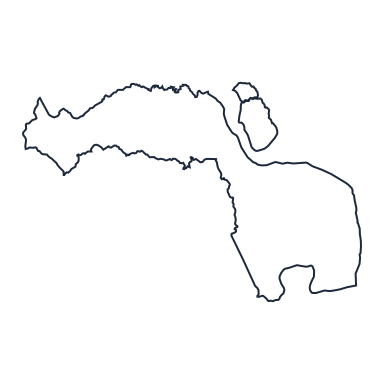 outline of Amapá, Amapá, Brazil
{"feature_id": "56859067B97677328674999", "entity_name": "Amapá", "entity_type": "district", "adm_level": 2, "iso_a3": "BRA", "parent_name": "Brazil", "parent_adm1": "Amapá", "projection": "robinson", "projection_center": [-50.772, 1.676], "detail": "fine", "context": "isolated", "style": "outline", "palette": "slate", "viewbox_px": 384, "rotation_deg": 0, "n_neighbors": 0, "source": "geoboundaries", "source_scale": "gbopen_adm2", "svg_char_len": 5900}
<svg xmlns="http://www.w3.org/2000/svg" viewBox="0 0 384 384"><path d="M207.9,91.7L203.1,93.6L201.6,93.1L199.4,90.8L198.5,91.0L197.5,92.7L197.6,94.6L197.1,96.2L196.7,96.9L195.3,97.2L194.9,95.6L193.0,93.8L191.6,91.7L190.2,90.7L189.8,89.1L188.6,88.0L188.4,86.4L186.7,85.8L186.3,85.0L185.6,84.9L183.0,84.8L183.3,85.7L180.3,86.6L180.6,89.1L179.2,89.5L178.2,90.5L178.0,91.4L178.4,92.0L177.8,92.5L177.1,92.2L176.4,92.5L175.8,92.1L175.3,92.4L174.6,91.7L174.8,91.0L176.2,89.2L175.6,89.0L173.8,90.1L173.1,90.1L172.7,88.5L173.8,87.3L170.9,86.7L171.0,87.8L170.3,88.1L168.8,87.8L166.9,89.6L164.9,89.6L164.3,90.0L162.8,88.2L162.3,86.4L161.1,87.8L159.8,88.3L158.0,87.1L158.0,85.9L157.1,85.7L155.1,87.0L155.4,85.5L154.6,85.5L153.6,86.4L153.1,86.0L151.4,88.2L150.8,90.9L148.4,89.9L148.5,88.9L147.1,88.7L143.4,86.6L142.5,86.6L141.9,87.2L141.2,87.0L139.3,85.2L138.8,85.7L138.1,85.6L136.7,84.4L135.7,84.8L133.6,83.8L131.5,84.1L130.9,84.7L130.7,86.3L130.1,87.2L126.1,87.1L122.9,89.9L117.9,89.9L115.8,92.3L113.8,92.7L111.1,95.2L110.7,96.1L108.5,96.7L105.9,95.3L104.6,96.5L103.8,99.2L102.4,99.4L102.2,100.2L102.5,100.8L101.5,101.9L95.2,105.4L92.5,108.0L90.0,108.3L88.7,110.4L84.6,113.7L84.0,114.9L83.4,114.9L82.7,116.1L81.0,116.3L78.3,118.1L76.8,118.5L73.6,117.9L72.1,116.6L70.1,112.9L68.2,112.4L67.2,110.9L65.7,110.4L63.7,108.7L63.0,108.8L60.0,111.0L59.1,112.6L59.4,113.5L59.2,114.3L57.9,116.0L54.3,117.4L52.4,116.8L49.4,115.1L48.6,114.1L39.9,98.0L38.8,99.1L37.9,100.8L37.6,101.8L37.9,103.2L37.5,105.2L36.5,106.3L35.9,107.7L35.1,108.4L34.0,112.4L34.1,113.2L35.2,114.4L36.5,118.2L35.7,119.0L32.3,120.1L29.1,123.3L26.7,123.7L25.9,124.4L26.1,128.4L25.8,129.5L23.2,132.5L23.0,133.7L23.5,135.4L25.1,137.4L26.1,139.8L25.3,146.3L25.7,149.0L28.5,148.2L29.4,147.5L33.3,147.8L35.5,147.3L36.5,147.9L38.0,150.9L39.5,151.1L41.4,153.5L42.9,154.2L47.1,154.6L48.6,156.6L51.8,158.7L56.7,163.3L57.3,164.7L59.6,167.5L63.2,171.1L63.6,171.7L63.7,175.0L64.3,175.0L65.5,173.2L67.0,172.3L68.1,172.7L70.0,171.1L71.3,169.1L75.5,166.6L75.8,164.1L78.1,162.1L78.7,160.0L78.6,157.1L78.1,156.2L77.3,155.8L77.4,154.9L78.5,154.5L79.1,155.1L79.8,155.2L81.4,154.7L82.3,153.6L84.2,153.2L84.9,153.8L87.7,151.5L91.4,151.5L90.9,149.7L91.8,148.0L94.1,145.2L96.2,144.7L98.4,145.4L101.3,147.3L103.3,149.7L108.6,146.3L109.4,147.2L111.0,147.6L114.4,145.5L116.3,145.7L117.2,146.7L118.5,146.9L119.1,147.8L119.2,148.8L121.4,149.7L122.3,151.3L124.5,153.3L125.6,153.7L126.3,155.7L127.7,154.7L128.6,155.2L129.2,155.0L129.4,154.3L133.0,152.8L134.4,153.4L136.1,153.0L137.5,151.1L140.1,151.7L141.3,150.7L142.7,151.4L145.9,154.5L147.2,154.5L149.6,157.2L154.3,157.1L155.4,158.1L158.4,159.4L160.4,158.8L163.9,159.4L165.3,160.3L166.9,160.3L169.9,159.0L171.3,160.1L172.5,159.5L172.8,158.8L175.0,158.8L176.2,159.4L177.5,160.8L178.7,161.2L180.0,163.1L180.6,162.9L181.8,163.3L183.1,162.8L184.9,165.6L184.2,168.0L183.6,167.8L183.3,168.4L183.4,169.0L184.2,169.2L185.5,168.0L186.2,168.2L187.6,166.3L189.7,167.2L189.0,163.5L189.8,162.1L191.4,161.4L191.6,159.8L190.7,157.4L191.5,157.1L192.7,157.9L193.4,159.8L194.0,159.9L195.9,158.9L200.4,162.3L202.7,161.9L204.4,159.7L206.7,158.9L216.1,159.1L215.8,160.6L216.8,162.1L217.6,166.6L218.4,168.8L221.1,173.3L221.3,175.0L220.7,177.8L221.8,179.2L222.7,179.1L223.3,178.2L224.1,178.3L224.3,179.5L226.8,180.2L229.6,183.7L229.9,184.8L229.1,186.4L228.8,188.3L227.6,189.4L227.7,191.7L230.0,196.9L231.6,197.7L232.6,197.5L233.2,198.2L232.6,202.5L233.6,203.9L233.4,206.7L235.0,208.9L235.4,210.2L235.2,212.9L234.5,215.0L235.2,216.4L235.8,219.6L235.1,223.4L235.4,224.6L237.4,226.3L237.3,227.1L235.0,228.0L234.6,229.0L236.1,230.2L235.9,231.7L234.2,232.9L231.7,233.7L231.4,235.6L242.8,259.0L255.2,286.1L256.8,287.4L258.0,289.0L258.5,290.3L258.6,294.5L257.4,295.9L257.4,296.7L259.0,296.8L262.3,295.8L263.2,295.9L266.2,298.4L268.3,301.0L270.6,300.7L272.7,301.2L275.8,300.0L278.4,299.9L279.3,298.9L280.0,297.0L281.2,295.4L283.5,293.3L284.4,289.9L283.8,287.8L281.2,283.6L279.5,278.5L279.7,276.1L281.2,272.9L283.4,270.0L284.8,268.8L288.8,267.9L296.9,265.2L305.7,266.7L308.0,266.5L310.4,265.6L311.4,265.7L312.5,266.4L314.1,270.5L313.9,276.7L311.8,280.8L310.2,284.8L309.7,287.5L310.0,289.7L310.8,291.5L311.9,292.7L312.8,293.0L316.0,293.0L324.5,290.5L329.5,291.1L333.3,290.6L339.8,289.4L347.2,287.2L356.1,285.5L355.6,273.6L359.5,264.1L360.1,257.7L359.6,254.4L360.5,253.4L361.0,246.2L360.8,240.4L359.9,234.1L359.7,228.7L358.0,223.2L357.4,222.6L357.6,220.9L355.8,212.6L356.4,210.8L356.3,207.8L354.7,200.5L354.0,195.3L352.8,193.8L352.4,191.9L352.7,190.7L351.8,188.3L348.3,184.7L345.4,182.6L331.3,174.1L322.2,169.9L312.4,166.2L307.2,162.9L306.0,162.6L293.1,163.5L287.4,162.7L282.6,163.7L275.9,162.1L274.7,162.2L266.7,165.2L261.6,165.4L257.6,164.6L255.8,163.1L253.2,162.2L247.5,157.1L241.3,147.3L237.9,137.6L236.5,135.4L233.0,133.3L231.7,132.0L227.1,124.7L224.3,116.1L223.8,113.8L224.2,109.1L223.1,106.8L220.4,102.9L217.3,100.6L215.7,98.5L208.4,93.9L207.9,91.7ZM250.0,98.6L248.7,101.0L245.4,101.0L244.3,102.3L243.2,102.6L241.9,102.3L241.3,103.4L240.8,105.8L240.7,110.0L239.5,115.2L238.7,121.3L238.9,122.2L239.5,122.6L241.6,122.7L243.5,124.5L244.3,126.9L244.5,130.1L246.7,133.1L248.1,135.9L251.7,147.4L254.6,150.2L256.2,150.9L257.6,150.9L264.3,148.8L267.9,146.2L275.0,137.7L277.2,133.9L277.3,131.3L276.4,127.8L275.6,126.4L272.9,123.2L272.1,123.3L270.9,119.7L268.8,117.8L269.1,116.2L268.7,113.6L269.1,110.2L268.8,109.4L266.7,107.4L265.6,107.7L264.8,107.2L264.7,105.3L263.6,103.4L262.6,102.8L261.9,100.0L260.6,98.6L259.8,98.5L257.6,98.8L254.5,98.4L252.7,99.1L251.0,98.3L250.0,98.6ZM248.0,100.6L250.4,97.9L252.5,98.3L254.8,97.3L256.6,97.3L257.5,96.9L258.0,95.3L257.4,91.9L256.0,90.3L255.6,88.8L254.4,88.0L253.5,86.5L252.1,86.8L251.0,85.7L249.5,83.3L246.4,83.6L244.9,83.0L243.8,83.3L240.4,82.8L238.9,83.1L236.6,85.9L234.4,87.7L233.0,90.1L234.8,90.6L237.1,92.8L240.6,100.3L242.0,101.5L243.6,101.9L245.3,100.1L248.0,100.6Z" fill="none" stroke="#1e293b" stroke-width="2"/></svg>